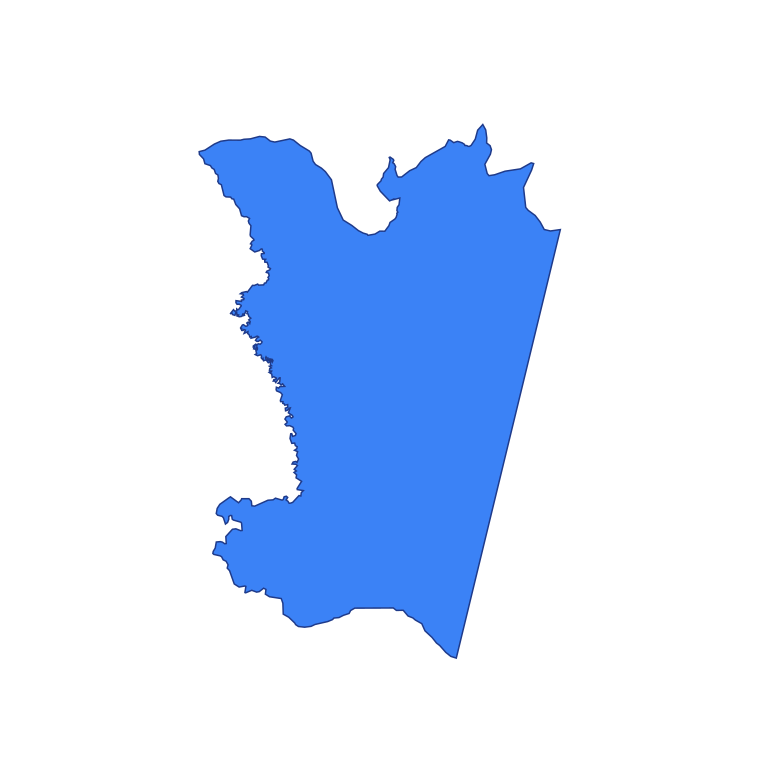 Tarime, Mara, United Republic of Tanzania (Robinson projection), rotated 71°
{"feature_id": "72390352B9041864776563", "entity_name": "Tarime", "entity_type": "district", "adm_level": 2, "iso_a3": "TZA", "parent_name": "United Republic of Tanzania", "parent_adm1": "Mara", "projection": "robinson", "projection_center": [34.405, -1.396], "detail": "fine", "context": "isolated", "style": "filled", "palette": "blue", "viewbox_px": 768, "rotation_deg": 71, "n_neighbors": 0, "source": "geoboundaries", "source_scale": "gbopen_adm2", "svg_char_len": 6170}
<svg xmlns="http://www.w3.org/2000/svg" viewBox="0 0 768 768"><g transform="rotate(71 384 384)"><path d="M230.0,457.0L230.9,454.9L234.4,454.8L235.7,455.6L237.9,453.8L238.9,454.9L239.2,458.1L240.1,459.0L241.6,457.1L244.2,457.3L245.4,459.0L246.7,458.7L247.9,459.3L247.9,460.6L250.0,462.7L249.7,464.2L251.1,465.5L249.7,470.4L248.4,470.9L248.6,474.5L247.9,476.2L252.7,483.3L251.8,484.0L251.3,488.7L251.9,490.4L253.2,487.9L254.3,487.9L255.4,490.5L257.5,488.5L258.6,489.2L258.2,491.5L259.5,491.9L257.0,496.8L258.9,497.5L260.8,497.0L261.4,494.9L263.2,493.4L263.8,493.7L266.2,497.2L266.2,498.1L265.1,498.8L266.8,499.4L266.5,501.4L264.7,502.1L267.7,506.7L267.2,504.7L269.0,504.7L270.6,502.6L268.2,500.9L268.4,500.0L271.1,500.7L270.7,499.9L271.4,499.0L272.2,500.3L273.3,499.0L273.7,497.0L273.7,496.2L272.2,495.0L273.6,494.6L273.6,493.5L271.9,493.4L271.9,492.4L269.8,490.9L271.1,489.4L272.8,490.7L273.4,489.8L276.1,489.8L278.4,488.5L279.3,491.0L281.4,490.2L283.2,491.3L281.3,492.1L281.3,493.1L281.7,493.9L283.9,493.4L284.6,494.7L284.4,496.0L282.2,497.5L282.1,498.7L284.3,501.4L285.2,501.4L285.3,500.5L287.0,501.1L287.5,499.8L286.9,498.7L287.9,497.5L290.6,499.8L290.2,495.6L291.9,496.5L293.3,495.5L295.9,495.5L295.9,494.1L297.4,494.8L297.8,490.5L297.4,489.2L297.7,487.9L298.8,487.2L299.3,489.4L300.9,491.3L302.3,490.3L302.8,489.0L302.2,486.8L304.2,485.6L305.2,486.1L306.1,488.1L305.2,489.4L305.2,491.1L306.5,491.8L304.6,492.4L305.5,495.2L306.3,495.5L306.2,494.1L308.3,495.8L309.5,494.0L307.7,492.9L307.8,492.1L308.7,491.9L310.3,492.6L310.8,494.3L313.8,494.5L314.2,496.2L316.1,494.3L316.2,491.0L317.8,490.7L319.3,491.6L321.0,490.9L320.4,490.1L322.8,490.3L322.9,487.3L320.7,487.5L319.9,486.7L321.2,486.4L321.7,485.3L323.1,486.1L323.0,483.9L324.4,481.6L325.8,481.4L327.0,482.6L324.8,482.8L323.5,487.4L326.2,486.5L325.7,484.1L328.7,485.1L330.1,484.4L329.9,486.6L332.1,485.3L332.3,487.1L334.3,488.1L335.2,486.0L335.9,486.7L335.8,488.7L338.1,486.9L341.4,487.6L341.2,485.8L343.4,483.8L344.2,484.2L344.0,486.7L345.2,487.7L345.5,486.3L347.3,485.9L344.1,480.9L344.4,480.2L348.0,481.9L348.8,483.9L349.6,482.4L351.4,481.7L350.8,479.8L353.9,478.7L352.6,483.3L353.6,484.9L352.0,486.8L354.1,487.8L355.5,487.8L358.4,484.6L361.0,483.6L365.7,487.3L367.0,487.5L367.8,485.3L369.4,486.0L370.4,484.8L371.7,484.7L372.1,481.8L374.6,482.6L374.7,485.2L377.3,485.8L377.4,484.0L376.0,481.5L376.1,480.4L380.1,483.8L381.8,482.5L382.8,482.8L382.9,481.4L385.0,480.6L385.8,481.1L386.0,482.7L383.4,483.8L383.2,487.1L384.9,489.1L388.3,487.9L389.1,488.4L389.9,490.7L391.9,489.8L392.7,486.7L395.1,484.2L396.5,483.9L398.1,484.9L402.2,483.3L403.8,484.5L403.8,487.4L400.9,487.4L400.7,488.4L404.9,490.6L410.1,490.5L410.8,487.7L413.4,487.9L415.0,486.5L416.8,487.5L417.5,490.2L419.8,487.7L423.1,490.0L427.1,489.2L429.9,491.8L428.5,492.5L428.2,495.3L429.7,497.0L431.2,493.5L432.9,492.4L435.4,496.7L437.7,495.2L438.3,497.9L441.4,496.2L444.1,497.7L449.2,493.6L454.5,500.2L455.6,500.4L458.5,495.0L459.8,497.6L462.8,499.1L461.8,500.7L466.2,508.9L466.2,511.3L465.9,512.5L463.6,513.0L461.8,514.3L459.9,512.0L458.3,512.9L458.1,515.1L460.5,517.0L460.6,518.2L456.6,523.8L457.4,526.6L456.1,531.6L457.4,546.0L456.1,548.6L451.6,547.6L448.5,549.0L446.1,555.9L447.3,557.0L448.9,560.2L440.7,565.9L441.1,567.6L444.3,578.4L447.3,582.2L451.9,584.8L453.9,584.0L456.4,580.2L458.2,579.4L464.8,579.5L464.0,577.0L461.4,574.8L458.7,573.9L458.3,572.1L458.8,570.9L462.4,571.5L463.6,570.7L468.1,564.3L469.2,564.0L476.3,565.8L476.0,567.3L472.7,571.2L472.0,574.6L476.7,583.2L483.5,585.1L483.2,586.6L480.9,588.3L479.7,590.2L478.8,594.0L484.2,597.0L486.6,599.9L488.5,601.0L489.7,600.4L493.2,594.8L494.5,593.8L497.9,593.3L500.2,591.0L504.2,590.3L507.0,592.2L510.2,590.8L524.3,590.7L528.8,587.1L529.7,581.4L530.4,580.5L535.9,583.4L536.4,582.8L536.0,576.2L539.3,572.2L539.7,569.5L537.9,564.3L539.8,562.5L544.1,564.6L547.9,561.5L553.4,551.0L558.4,551.0L568.8,554.2L573.5,550.0L580.9,546.2L582.7,545.9L585.4,543.9L588.1,538.2L589.4,531.9L588.9,527.5L590.3,514.6L590.0,509.4L589.0,507.5L590.2,502.6L589.5,497.6L589.6,491.7L587.3,489.3L586.4,484.6L598.8,448.1L602.1,446.0L604.2,439.5L611.2,436.8L614.5,432.9L617.4,431.2L622.9,426.3L630.8,425.6L639.2,421.1L646.0,418.7L649.5,416.4L658.0,412.9L663.3,409.5L666.7,404.9L295.4,167.0L293.5,176.8L290.1,182.2L281.7,183.6L273.9,186.2L266.8,191.1L263.2,192.5L243.6,188.1L229.8,174.8L224.3,170.7L222.8,172.9L225.0,185.0L222.2,200.3L222.2,211.3L221.2,216.9L218.6,217.9L209.1,217.1L201.4,208.6L197.4,206.1L193.2,206.1L189.5,208.5L184.8,206.7L176.9,205.1L170.8,206.1L174.5,212.8L182.2,218.0L186.8,224.0L187.1,226.0L186.6,227.2L185.6,228.0L184.8,229.9L183.6,229.9L181.4,231.6L179.4,234.2L178.5,235.6L178.5,239.5L175.0,242.0L174.2,243.4L179.3,248.8L183.4,271.3L185.7,276.7L189.9,283.0L190.7,290.3L194.0,299.9L193.0,303.2L191.2,303.8L184.6,303.6L182.3,302.2L179.0,302.7L177.6,303.7L175.9,302.0L174.7,302.0L171.4,304.4L171.5,305.3L174.0,305.2L180.9,309.3L184.8,315.8L188.1,317.5L189.6,319.9L190.8,320.5L193.3,325.4L194.3,325.9L200.6,324.7L212.7,319.1L212.4,315.4L212.7,315.7L213.3,308.5L219.4,311.4L221.3,314.0L224.2,315.3L226.1,315.0L226.7,316.3L227.8,316.4L230.5,318.4L231.6,320.1L233.2,325.7L235.9,327.8L239.8,333.5L238.1,338.2L239.3,343.7L238.2,350.8L237.0,351.1L234.5,354.6L230.6,358.3L223.6,362.8L215.7,369.2L202.2,370.7L173.8,367.2L164.1,370.3L159.5,372.9L154.2,377.3L150.3,378.5L142.0,377.8L139.5,378.7L131.2,385.6L123.9,390.2L121.6,393.2L119.7,408.5L117.3,412.4L111.8,416.0L109.4,421.1L108.7,430.6L107.0,436.8L106.7,440.4L102.8,451.5L101.3,459.3L101.9,466.3L104.6,477.2L104.1,483.1L106.9,483.8L112.4,481.3L117.4,481.6L121.0,477.0L123.7,476.4L125.8,474.7L130.1,474.7L132.3,473.0L135.7,473.6L138.3,475.2L140.7,474.8L142.6,472.9L153.7,473.9L155.6,472.5L157.4,468.1L159.3,467.6L160.3,465.9L166.1,465.7L171.3,463.5L178.5,463.9L180.3,461.9L181.0,459.5L183.7,457.2L185.7,459.2L188.1,459.3L191.0,458.3L199.4,462.0L200.8,462.1L204.8,460.0L205.7,460.2L206.1,462.2L208.0,464.6L208.9,463.6L210.1,464.1L212.5,466.5L217.1,463.2L217.2,458.2L216.3,456.1L216.9,455.2L218.6,455.7L221.0,454.5L221.6,454.8L221.0,457.5L222.8,458.3L226.4,458.1L227.6,455.4L228.3,456.6L230.0,457.0Z" fill="#3b82f6" stroke="#1e3a8a" stroke-width="1.5"/></g></svg>